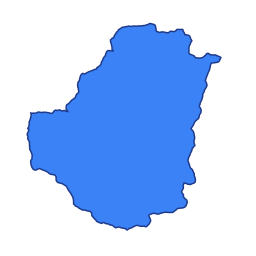 the district of Asuncion, Áncash, Peru, rotated 263°
{"feature_id": "86281439B44243657118562", "entity_name": "Asuncion", "entity_type": "district", "adm_level": 2, "iso_a3": "PER", "parent_name": "Peru", "parent_adm1": "Áncash", "projection": "mercator", "projection_center": [-77.399, -9.19], "detail": "fine", "context": "isolated", "style": "filled", "palette": "blue", "viewbox_px": 256, "rotation_deg": 263, "n_neighbors": 0, "source": "geoboundaries", "source_scale": "gbopen_adm2", "svg_char_len": 5773}
<svg xmlns="http://www.w3.org/2000/svg" viewBox="0 0 256 256"><g transform="rotate(263 128 128)"><path d="M154.7,33.3L153.2,33.5L151.6,33.3L150.0,32.5L148.4,32.0L146.0,30.6L143.9,30.4L141.8,29.8L141.2,29.5L139.8,28.5L139.5,28.5L139.1,29.3L138.9,29.4L137.8,29.0L137.1,29.0L136.6,28.7L135.6,27.9L134.3,27.3L133.6,27.2L132.9,27.2L132.2,27.8L131.9,27.9L130.6,27.3L130.1,27.2L128.7,27.4L128.2,27.7L127.1,28.0L126.2,28.5L125.3,28.4L124.8,28.2L123.2,28.2L118.7,27.9L116.3,28.8L114.9,29.1L114.4,29.3L112.5,29.6L112.1,29.5L111.1,29.2L110.0,29.1L109.0,28.8L108.7,28.7L107.9,27.8L107.2,27.4L106.3,27.3L103.1,27.3L101.3,27.7L100.4,28.0L98.5,29.0L97.6,30.5L97.5,30.9L97.5,31.4L97.7,32.3L98.2,33.4L98.5,34.3L98.3,35.7L97.2,37.4L96.5,38.8L96.3,39.2L95.0,41.5L93.6,43.3L92.7,44.0L91.9,44.9L91.6,45.4L91.1,47.2L90.8,47.8L90.5,49.1L90.1,49.7L89.2,50.3L88.4,50.7L85.9,50.4L84.4,50.4L83.9,50.6L82.6,51.6L82.2,52.3L81.2,54.9L80.6,56.3L79.4,57.6L78.3,59.1L77.3,59.9L73.7,61.2L70.5,63.0L66.4,64.7L65.1,65.0L62.2,65.1L60.1,64.8L59.0,64.8L58.9,65.0L58.3,65.6L57.4,66.1L56.6,66.8L56.1,68.0L55.4,68.8L54.2,69.8L53.7,70.7L52.2,72.7L51.9,73.9L51.8,75.1L51.5,76.1L50.7,77.3L50.2,79.3L49.6,80.5L48.5,81.3L47.7,81.5L47.1,81.5L46.0,81.4L45.1,81.6L44.6,81.9L43.0,83.1L42.4,83.4L41.6,83.9L40.8,84.7L40.3,85.1L39.4,85.3L39.0,85.7L37.9,87.4L37.0,89.2L36.5,90.3L36.7,91.0L37.2,91.7L37.2,92.5L36.7,93.2L36.2,93.6L35.9,94.1L35.6,94.8L35.5,95.6L35.6,96.0L34.0,98.3L33.8,98.8L33.7,99.6L33.2,100.7L32.9,101.2L31.6,102.2L30.7,103.2L30.5,103.5L30.8,106.1L30.8,106.9L30.6,107.4L29.7,109.2L29.5,110.0L28.5,112.9L28.1,113.6L27.0,114.4L26.9,114.7L26.9,114.9L27.2,115.4L28.0,116.8L28.3,117.7L28.4,119.0L29.2,121.1L29.8,122.6L30.2,124.3L30.3,125.1L29.8,126.5L29.0,128.3L28.7,129.8L28.7,131.4L28.6,132.3L28.0,133.0L27.8,133.7L27.8,134.1L28.1,134.7L30.4,137.5L32.7,139.0L33.6,139.2L35.4,138.9L37.0,138.4L38.0,138.0L38.8,138.0L39.1,138.4L39.6,139.5L40.1,141.7L40.2,143.0L39.8,144.6L39.3,145.8L38.9,147.3L39.0,148.6L39.5,150.7L39.9,153.9L39.7,155.6L39.1,158.7L38.8,162.3L39.9,164.0L40.7,165.5L41.8,167.0L42.1,167.9L42.1,170.3L42.0,172.5L42.4,174.4L43.8,176.2L46.9,177.7L48.2,177.7L49.2,177.6L50.8,176.1L52.6,174.8L53.4,174.6L54.4,174.9L54.9,174.9L56.5,174.1L57.3,173.6L58.3,173.5L59.1,173.9L61.3,175.5L62.3,175.7L64.3,175.9L64.9,176.1L66.5,176.9L66.5,177.2L66.0,178.7L65.0,180.3L64.3,182.8L64.5,183.7L64.8,184.5L65.1,185.9L65.5,187.2L65.8,187.7L66.2,188.0L67.5,188.4L68.6,188.6L69.5,188.6L70.9,188.4L72.9,187.9L74.5,188.2L75.7,187.7L77.0,187.4L78.8,186.8L79.7,186.1L80.2,185.5L81.6,184.8L84.4,184.4L88.4,183.5L91.0,184.5L92.2,185.1L93.8,186.3L95.3,186.9L97.5,188.4L98.4,188.8L99.1,188.9L100.0,189.6L100.9,190.5L101.7,191.2L102.4,192.2L103.6,192.1L105.6,191.7L107.3,192.0L109.0,192.7L110.5,193.0L111.3,193.0L112.7,192.8L114.8,192.8L116.9,192.2L119.7,190.4L121.7,192.2L123.2,193.4L125.4,194.6L126.1,195.1L127.5,197.0L128.8,199.1L130.0,199.8L131.5,200.2L132.2,200.5L132.9,200.9L133.7,201.8L134.6,202.3L136.3,202.7L137.5,202.7L138.4,202.5L140.0,201.7L141.2,201.5L141.9,201.7L142.7,202.4L143.3,202.4L144.8,203.2L147.4,204.9L148.5,205.3L149.2,205.5L150.4,206.1L150.7,206.2L152.0,206.1L152.3,206.2L154.9,208.1L155.3,208.3L155.9,208.3L156.6,208.8L158.3,210.2L159.8,211.2L160.7,211.6L162.2,211.5L163.8,211.2L165.6,210.5L166.0,210.6L167.0,211.2L169.4,212.3L170.5,213.0L171.4,213.4L173.5,214.5L175.6,215.9L179.9,217.4L181.7,218.2L182.3,219.4L182.2,221.8L182.4,225.2L182.8,226.1L183.4,226.8L185.5,228.1L186.6,228.8L186.8,228.7L188.0,226.9L189.2,224.7L189.8,223.8L190.4,219.8L190.6,218.9L190.9,218.3L191.9,217.4L192.3,216.7L192.4,215.9L192.3,215.4L191.6,214.5L191.0,214.0L189.8,212.3L189.3,211.5L188.8,210.3L188.6,208.3L188.7,207.4L188.8,206.4L189.1,205.7L189.3,204.5L189.5,203.6L189.7,203.4L191.3,202.6L191.8,202.0L193.7,198.6L194.2,198.0L195.1,197.6L195.7,197.6L196.7,197.9L200.2,198.2L202.3,199.0L203.3,199.8L204.1,200.1L205.7,201.1L206.4,201.8L207.0,202.0L209.0,201.0L210.3,200.9L211.7,200.4L212.4,199.7L212.8,199.0L213.6,196.5L213.6,195.9L216.0,195.3L217.2,194.6L218.9,194.5L219.2,194.2L219.4,192.0L219.9,188.8L219.6,188.2L219.1,187.6L218.3,187.0L218.1,185.0L218.8,182.8L218.8,181.7L217.9,180.4L217.7,178.7L219.0,174.8L219.3,173.0L219.1,172.2L219.0,170.9L220.4,168.2L221.1,167.8L222.4,167.9L223.7,167.8L225.6,167.7L226.6,167.5L227.4,166.8L228.6,164.0L229.1,162.5L228.2,160.1L228.1,159.0L227.7,157.5L227.8,156.0L227.7,154.8L227.7,153.2L228.1,150.1L227.9,149.6L228.6,145.7L228.4,144.3L228.6,142.9L229.1,141.1L228.9,140.2L228.9,137.9L228.6,136.6L228.7,134.9L228.5,134.2L227.8,133.0L227.4,132.0L226.6,130.5L225.6,129.9L225.0,129.3L224.4,128.1L223.6,127.8L221.2,125.6L219.6,125.0L219.3,124.6L219.3,124.1L219.1,123.5L217.5,121.3L215.6,121.2L214.1,121.6L209.7,122.0L208.1,121.7L206.7,122.6L206.3,122.7L206.3,121.8L207.0,119.4L207.2,118.5L207.2,117.3L206.3,116.0L203.5,114.6L202.4,114.1L201.2,112.8L199.8,111.7L198.6,111.2L196.4,109.5L195.7,109.3L194.7,109.1L193.2,107.5L192.8,106.8L191.8,104.7L191.5,104.4L190.6,104.0L190.2,102.5L190.0,101.1L189.5,99.9L188.5,95.5L186.9,91.6L187.7,89.7L187.5,89.2L186.5,87.8L184.3,86.6L181.6,85.7L180.8,85.3L180.1,84.5L179.2,83.9L177.8,83.4L175.7,83.1L174.6,83.2L173.7,83.6L172.9,83.4L171.8,83.4L170.5,83.6L169.7,83.4L168.9,82.8L168.4,82.2L168.1,81.5L167.4,80.8L165.8,79.9L164.8,79.6L163.1,76.8L162.5,75.5L159.6,72.3L158.5,70.0L157.6,69.5L154.5,68.9L151.7,70.2L151.8,69.5L152.2,69.1L152.2,68.4L152.3,68.2L152.9,67.7L153.2,66.3L152.9,65.4L152.8,64.9L152.9,64.6L153.1,64.2L154.1,62.8L154.3,62.1L154.3,61.5L154.1,60.6L154.0,59.5L154.1,59.2L154.6,58.6L154.5,57.9L154.0,56.9L153.6,56.3L152.5,55.6L152.1,54.8L151.8,54.0L151.9,53.3L152.5,51.9L153.6,48.4L154.0,45.7L153.8,44.3L154.7,41.5L154.7,40.4L154.1,38.9L153.9,37.7L154.3,36.4L154.3,34.8L154.7,33.3Z" fill="#3b82f6" stroke="#1e3a8a" stroke-width="1.5"/></g></svg>